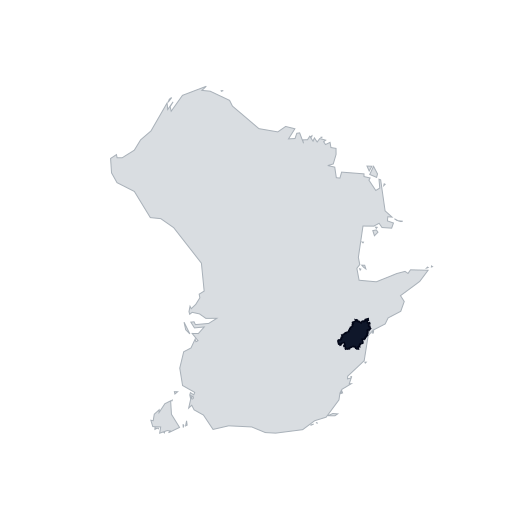 Charters Towers, Queensland, Australia shown in context, rotated 68°
{"feature_id": "25037944B10597176528862", "entity_name": "Charters Towers", "entity_type": "district", "adm_level": 2, "iso_a3": "AUS", "parent_name": "Australia", "parent_adm1": "Queensland", "projection": "albers", "projection_center": [146.233, -20.209], "detail": "fine", "context": "in_parent", "style": "filled", "palette": "ink", "viewbox_px": 512, "rotation_deg": 68, "n_neighbors": 0, "source": "geoboundaries", "source_scale": "gbopen_adm2", "svg_char_len": 8140}
<svg xmlns="http://www.w3.org/2000/svg" viewBox="0 0 512 512"><g transform="rotate(68 256 256)"><path d="M340.9,113.7L346.9,136.9L353.7,135.6L361.5,142.5L362.9,156.7L367.4,161.7L368.6,175.0L371.8,181.8L393.6,194.9L401.8,216.0L404.2,217.2L404.7,213.4L409.4,217.4L410.1,215.5L411.8,226.2L414.5,229.5L420.5,233.0L431.7,251.3L430.7,263.3L434.5,277.8L427.6,304.1L423.2,313.5L412.9,324.0L403.2,345.0L400.7,360.8L383.8,364.3L375.5,371.0L370.3,371.5L371.8,375.4L363.7,369.8L364.8,368.5L364.3,367.1L362.8,367.0L360.1,369.5L358.1,368.0L361.4,365.7L359.5,363.9L348.6,372.6L331.4,368.7L317.7,358.9L316.9,350.7L310.3,343.6L313.0,343.8L312.8,341.5L303.9,344.2L306.3,338.5L302.4,330.6L299.6,340.0L292.9,341.2L293.8,338.1L296.9,337.9L300.8,325.1L299.1,315.7L295.0,325.9L288.5,330.1L284.3,336.3L285.2,339.3L282.5,339.0L277.9,336.0L280.6,335.8L278.3,330.0L273.7,323.7L270.1,323.0L269.1,317.2L242.2,309.3L198.9,321.7L185.7,330.3L180.8,339.6L150.6,344.6L135.9,357.4L124.8,358.8L111.1,354.3L109.7,347.4L112.9,348.0L114.8,343.3L112.3,329.2L105.1,319.5L100.7,306.5L80.8,281.1L87.1,283.0L82.0,275.1L85.4,279.7L90.0,280.4L79.5,264.0L80.0,238.5L82.2,244.1L86.0,236.8L101.8,222.2L108.2,221.7L139.0,205.6L149.1,189.3L147.0,180.0L152.6,172.3L159.6,182.0L161.7,175.8L157.5,172.2L158.2,169.4L169.3,169.7L165.8,169.2L167.5,164.7L165.1,161.3L170.9,160.1L168.4,157.6L173.2,156.6L171.0,152.9L174.7,148.0L175.4,150.5L178.7,149.8L178.4,144.8L183.5,145.9L186.2,141.5L191.8,143.7L199.6,149.9L199.0,155.6L203.1,149.7L213.5,152.2L215.2,149.0L210.3,145.2L220.3,125.1L222.8,126.1L226.4,121.0L228.0,122.9L240.1,120.4L239.4,115.8L230.9,113.2L232.1,111.9L262.5,119.4L270.9,115.3L269.0,119.1L272.7,121.0L276.9,116.2L281.0,119.8L276.8,128.5L271.8,129.6L272.4,135.7L268.3,145.6L295.6,161.6L302.8,163.0L305.2,167.1L317.1,169.5L325.0,154.1L325.0,132.0L326.1,123.6L329.1,121.6L326.7,117.9L333.7,101.8L340.9,113.7ZM358.3,389.4L371.1,393.7L386.3,391.1L387.1,403.3L386.1,401.1L384.6,403.7L384.2,411.7L378.8,408.4L375.5,415.6L368.9,415.0L370.2,413.0L364.6,409.6L362.3,403.4L364.8,404.5L358.8,395.8L358.3,389.4ZM216.9,113.4L225.4,112.6L228.3,114.7L223.0,120.0L216.9,113.4ZM290.4,347.5L303.5,346.5L298.0,348.8L290.4,347.5ZM279.6,134.0L281.6,138.6L276.2,138.2L276.9,134.7L279.6,134.0ZM431.0,249.2L430.8,243.8L433.0,239.4L433.7,242.7L431.0,249.2ZM382.8,382.1L387.0,383.2L387.1,384.9L382.8,382.1ZM216.2,114.9L219.6,119.2L214.2,119.4L216.2,114.9ZM353.6,382.9L351.2,382.5L352.5,379.5L353.6,382.9ZM309.1,159.0L306.6,160.5L304.1,161.4L305.3,158.7L309.1,159.0ZM80.6,279.9L78.2,277.7L77.5,275.3L77.8,275.2L80.6,279.9ZM386.2,386.5L387.8,387.7L384.7,386.7L386.2,386.5ZM413.5,227.0L415.4,227.0L415.3,229.4L413.5,227.0ZM369.2,174.8L371.4,176.2L371.0,177.0L369.2,174.8ZM378.7,412.7L378.9,414.7L377.3,414.0L378.7,412.7ZM433.4,265.4L433.5,268.4L433.2,268.3L433.4,265.4ZM238.6,111.2L237.1,110.1L237.9,109.4L238.6,111.2ZM278.4,108.7L276.5,111.2L278.7,106.9L278.4,108.7ZM433.9,261.9L432.9,262.8L433.6,261.8L433.9,261.9ZM283.9,151.9L282.8,152.4L283.4,151.2L283.9,151.9ZM275.4,134.1L274.0,134.4L274.8,132.9L275.4,134.1ZM90.4,224.4L90.3,226.4L89.7,226.4L90.4,224.4ZM331.2,100.7L331.1,102.4L330.5,101.2L331.2,100.7ZM362.8,367.8L363.2,368.7L362.7,368.4L362.8,367.8ZM276.0,111.9L273.3,113.7L276.0,111.5L276.0,111.9ZM170.9,150.6L170.1,151.8L170.5,150.4L170.9,150.6ZM379.6,411.3L378.8,411.7L379.2,410.9L379.6,411.3ZM308.1,164.7L306.6,164.7L307.4,163.7L308.1,164.7ZM166.5,159.8L165.8,160.5L165.5,159.1L166.5,159.8ZM385.7,407.2L384.6,407.7L385.0,406.7L385.7,407.2ZM332.0,96.4L331.9,97.5L331.0,97.0L332.0,96.4ZM362.2,369.1L363.3,370.0L361.5,369.7L362.2,369.1ZM396.2,194.8L395.2,194.8L395.7,193.6L396.2,194.8ZM403.9,213.2L403.4,213.2L403.8,212.2L403.9,213.2ZM358.8,387.9L358.6,388.6L358.2,387.7L358.8,387.9Z" fill="#d9dde1" stroke="#a8b0b8" stroke-width="1"/><path d="M368.6,212.4L368.7,211.6L368.9,211.7L369.0,211.4L370.2,211.5L370.2,210.5L369.4,210.4L369.5,209.6L369.0,209.5L369.2,206.6L369.5,206.6L371.5,206.7L371.4,207.2L371.9,208.1L372.4,208.2L372.7,208.3L372.8,207.2L374.3,207.3L374.2,207.5L375.2,207.9L375.9,207.9L375.9,207.5L375.9,207.4L375.9,207.2L376.0,207.1L376.1,206.9L376.2,206.6L376.6,206.2L376.6,205.9L376.3,205.5L376.3,205.4L376.3,205.2L376.6,205.1L376.7,204.8L377.1,204.6L377.1,204.4L377.1,204.1L376.8,204.0L376.7,203.9L376.4,203.8L376.2,203.5L376.4,203.3L376.3,203.2L376.2,203.0L376.2,202.8L376.1,202.6L376.1,202.3L376.2,202.2L376.2,201.9L376.4,201.7L376.1,200.8L376.2,200.5L376.1,200.4L376.2,200.1L376.1,199.8L376.2,199.6L376.3,199.7L376.6,199.5L376.7,199.3L376.9,199.2L377.1,199.1L377.1,198.8L377.1,198.5L377.3,198.4L377.2,198.0L377.2,197.9L377.6,197.8L377.8,198.0L378.0,198.0L378.5,198.1L378.9,198.2L379.1,197.9L379.4,197.6L379.7,197.6L379.9,197.3L380.0,197.3L380.1,197.0L380.2,196.8L380.1,196.5L380.2,196.2L380.6,196.0L380.7,195.8L379.5,195.6L379.4,195.5L379.2,195.5L379.3,195.4L379.2,195.2L379.1,194.9L378.9,194.8L378.8,194.6L378.6,194.4L378.5,194.5L378.5,194.3L378.5,194.2L378.4,194.0L378.5,193.9L378.4,193.9L378.2,193.7L377.9,193.5L377.7,193.7L377.5,193.8L377.4,193.7L377.5,193.7L377.6,193.4L377.6,193.2L377.4,193.1L377.2,193.1L377.1,192.8L377.1,192.7L376.9,192.7L376.6,192.5L376.6,192.4L376.4,192.2L376.5,192.0L376.7,191.9L376.8,191.7L376.7,191.4L376.6,191.2L376.5,190.9L376.4,190.9L376.7,190.9L376.8,190.6L376.9,189.7L376.6,189.6L376.2,189.5L376.0,189.1L373.3,188.8L373.4,188.7L373.4,188.4L373.4,188.1L373.3,187.9L373.2,187.8L373.3,187.7L373.5,187.3L373.5,187.2L373.6,186.6L373.5,186.4L373.5,186.2L373.4,186.0L373.5,186.1L373.4,186.1L373.2,185.9L373.2,186.0L373.0,185.9L372.9,185.7L372.6,185.7L372.5,185.4L372.4,185.3L372.6,185.2L372.4,185.1L372.2,185.0L372.2,184.9L372.1,184.6L372.1,184.4L372.2,184.2L371.9,183.9L371.8,183.7L372.0,183.6L371.9,183.5L371.7,183.2L371.4,183.3L371.4,183.2L371.3,183.3L371.2,183.2L371.1,182.8L371.1,182.7L370.9,182.7L370.5,182.5L370.5,182.4L370.5,182.2L370.1,182.2L369.9,182.2L369.6,181.6L369.8,181.4L369.7,181.3L369.3,181.4L369.1,181.3L369.0,181.2L368.9,181.1L368.8,181.3L368.7,181.3L368.5,181.2L368.5,181.3L368.3,181.1L368.3,180.8L368.2,180.9L367.8,180.7L367.7,180.7L367.7,180.9L367.0,180.9L367.0,180.7L366.9,180.8L366.8,180.7L366.7,180.6L366.4,180.5L366.4,180.4L366.2,180.3L366.2,180.2L366.3,180.2L366.4,179.9L366.4,179.7L366.6,178.3L366.4,178.2L366.4,177.9L366.5,178.0L366.8,178.1L366.7,177.9L366.6,177.7L366.3,177.2L366.2,177.4L366.2,177.1L365.9,176.9L365.8,176.7L365.8,176.8L365.8,176.7L365.8,176.8L365.7,176.9L365.6,177.1L363.6,176.8L363.6,177.9L362.6,177.8L361.8,176.9L361.6,176.6L361.4,176.5L361.5,175.8L360.5,175.7L360.5,175.8L360.4,175.9L360.2,175.9L360.2,176.0L360.3,176.1L360.5,176.1L360.5,176.4L360.7,176.5L360.7,177.0L360.7,177.3L360.5,177.5L360.3,177.8L360.2,178.0L360.2,177.8L359.9,177.9L359.7,177.8L359.7,177.7L359.4,177.3L358.8,177.3L358.8,177.2L358.7,176.9L358.7,177.0L358.6,177.3L358.3,177.2L358.3,177.4L357.9,177.4L357.9,177.2L357.5,177.2L357.5,176.6L357.6,176.3L357.7,176.0L357.4,176.0L357.1,175.9L356.8,175.8L356.6,175.5L356.1,175.4L355.8,178.5L356.8,178.6L357.0,178.8L356.6,179.2L356.7,179.3L356.8,179.5L357.0,179.6L357.3,179.9L356.7,180.3L357.1,180.9L356.3,181.5L356.3,182.2L356.4,182.3L357.0,183.6L357.3,183.6L357.5,183.7L357.0,184.1L356.8,183.9L355.7,184.9L355.6,185.0L355.5,185.3L355.4,185.2L355.3,185.9L354.2,185.8L354.2,186.5L353.1,186.3L353.0,187.1L352.7,187.0L352.6,187.7L352.5,187.8L352.8,187.8L353.1,187.9L353.8,188.1L353.6,191.3L353.8,191.5L354.1,191.7L354.3,191.7L355.1,191.5L355.3,191.8L355.6,191.8L355.6,191.6L356.1,192.2L356.0,192.5L357.1,192.6L357.0,193.2L357.4,193.6L357.7,193.9L357.7,194.0L357.5,194.3L357.5,194.5L357.6,194.8L357.5,195.1L358.3,195.5L358.3,195.9L358.5,195.9L358.4,196.0L358.4,196.3L358.5,196.4L358.8,196.5L359.1,196.7L359.2,196.9L359.2,197.1L359.6,197.6L360.0,197.9L360.0,198.0L360.9,198.1L360.7,201.4L361.3,201.4L361.2,202.3L360.8,202.3L360.8,202.5L361.2,202.8L361.2,203.3L361.5,203.4L361.4,204.4L361.5,204.4L361.5,204.7L361.9,205.7L361.9,205.8L361.6,206.1L362.2,206.2L362.5,206.2L363.4,206.1L363.3,207.2L364.1,207.3L364.1,208.1L365.4,208.2L365.4,208.6L365.1,208.5L365.1,210.4L364.9,210.7L365.3,210.7L365.3,211.8L366.2,211.9L366.2,212.1L368.6,212.4Z" fill="#0f172a" stroke="#020617" stroke-width="1.5"/></g></svg>